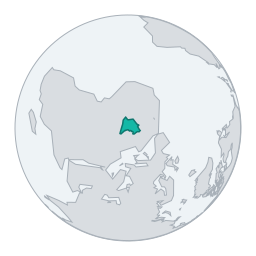 Tamanghasset highlighted on a globe, orthographic projection, rotated 140°
{"feature_id": "DZA-2189", "entity_name": "Tamanghasset", "entity_type": "Province", "adm_level": 1, "iso_a3": "DZA", "parent_name": "Algeria", "parent_adm1": "", "projection": "orthographic", "projection_center": [6.568, 24.092], "detail": "fine", "context": "on_globe", "style": "filled", "palette": "teal", "viewbox_px": 256, "rotation_deg": 140, "n_neighbors": 0, "source": "natural_earth", "source_scale": "10m", "svg_char_len": 10459}
<svg xmlns="http://www.w3.org/2000/svg" viewBox="0 0 256 256"><g transform="rotate(140 128 128)"><circle cx="128" cy="128" r="113" fill="#eef3f6" stroke="#a8b0b8"/><path d="M122.8,15.5L118.7,15.8L123.2,15.6L117.6,16.5L103.6,18.8L101.3,20.3L88.9,25.5L90.8,25.2L87.3,27.5L88.1,28.1L85.6,29.2L88.5,28.9L90.6,27.8L92.6,27.3L93.3,27.7L90.2,29.1L89.4,29.1L88.9,29.7L87.0,30.3L88.3,30.2L84.4,32.0L89.3,30.9L87.1,32.9L84.2,33.9L83.2,32.9L74.2,34.0L71.0,35.3L67.5,37.8L63.6,44.1L60.7,46.2L57.6,49.6L59.8,48.7L63.0,45.8L66.3,45.3L69.9,42.1L71.7,41.5L75.9,38.9L76.6,40.4L75.1,43.3L71.7,45.7L70.9,47.2L75.2,46.0L70.0,51.8L68.3,58.4L66.8,59.9L61.9,60.6L59.1,57.6L52.7,59.7L58.2,59.6L54.3,64.1L54.2,65.5L55.3,66.1L57.3,65.0L56.2,67.0L50.4,67.5L51.2,65.7L53.1,65.5L51.7,64.2L47.8,65.2L46.1,67.7L41.9,67.5L40.7,69.4L39.1,70.6L41.3,67.5L37.2,73.2L32.0,75.8L26.2,86.4L30.4,76.5L31.0,73.9L31.2,72.1L30.2,73.7L31.8,69.8L31.0,70.7L35.3,64.0L40.1,57.6L45.2,51.6L50.9,45.9L56.9,40.7L63.2,35.9L69.9,31.5L76.9,27.6L84.1,24.3L91.6,21.4L99.2,19.1L107.0,17.3L114.8,16.1L122.8,15.5ZM22.7,88.1L22.4,88.7L23.6,86.0L23.4,87.5L20.2,95.6L19.3,100.9L17.5,107.9L16.8,112.9L17.2,113.9L17.4,117.8L18.7,114.9L20.3,114.9L19.1,121.0L20.9,116.8L21.2,121.0L25.1,125.5L24.5,126.5L27.6,137.6L32.9,144.8L34.1,150.2L33.2,152.5L35.5,154.7L35.6,156.5L46.3,164.7L53.3,171.9L54.0,178.0L50.1,182.8L51.0,195.2L45.1,195.7L46.6,200.2L47.2,204.8L43.3,201.5L47.5,206.2L47.8,207.0L46.1,205.4L39.9,198.2L34.3,190.5L29.3,182.3L24.8,172.7L22.8,167.8L19.9,159.8L17.4,149.5L16.0,139.8L15.7,135.7L15.5,131.9L16.3,126.1L17.0,117.3L17.0,115.1L16.4,117.1L17.1,108.5L18.7,101.2L19.5,97.9L22.7,88.1ZM24.5,89.7L23.7,99.3L22.6,97.4L23.1,96.9L23.6,93.7L24.1,89.6L23.5,88.5L24.5,89.7ZM27.7,86.0L27.8,84.8L28.0,85.6L27.7,86.0ZM75.2,38.3L75.5,38.6L74.6,39.0L75.2,38.3ZM76.7,37.0L75.4,37.2L75.9,36.6L76.7,36.5L76.7,37.0ZM78.2,37.0L77.0,35.6L77.9,34.6L81.8,33.4L78.2,37.0ZM131.3,15.4L132.2,15.4L132.5,15.5L133.3,15.5L132.6,15.6L128.7,15.4L125.2,15.4L125.6,15.4L131.3,15.4ZM91.0,27.3L88.7,28.5L90.0,27.2L91.0,27.3ZM91.3,26.6L92.3,23.9L96.0,22.6L94.9,23.7L99.2,21.9L100.5,22.6L98.5,23.7L95.8,24.3L98.3,24.1L91.3,26.6ZM131.4,15.8L132.0,16.0L130.6,15.9L131.4,15.8ZM93.5,27.1L93.4,26.5L96.6,25.3L97.4,26.2L96.1,26.3L93.5,27.1ZM99.6,21.2L102.2,20.6L103.9,20.9L105.2,20.8L100.9,22.5L99.6,21.2ZM95.8,26.8L97.8,26.7L96.9,27.7L93.9,27.5L95.8,26.8ZM97.0,24.7L98.6,24.2L98.0,24.7L97.0,24.7ZM95.0,31.5L94.8,30.6L96.4,29.9L95.0,31.5ZM98.6,26.6L98.9,26.3L99.5,25.9L100.6,26.1L98.6,26.6ZM102.4,22.7L102.6,23.0L104.3,22.0L105.7,22.3L102.5,23.5L104.5,23.1L104.9,23.3L101.9,24.1L102.4,22.7ZM103.6,25.4L100.1,27.3L100.2,28.8L98.8,29.5L98.9,26.9L103.6,25.4ZM102.9,24.5L103.0,25.2L101.1,25.5L99.8,25.3L102.9,24.5ZM107.7,22.2L106.4,21.4L107.1,21.2L107.7,22.2ZM104.0,25.7L104.9,25.3L104.3,25.8L104.0,25.7ZM107.0,23.2L106.4,22.8L107.3,22.6L107.0,23.2ZM107.0,24.8L105.9,25.3L105.0,25.2L107.0,24.8ZM107.3,24.0L108.6,23.8L105.3,24.8L106.9,23.8L107.3,24.0ZM107.9,23.0L108.2,22.8L108.0,23.2L107.9,23.0ZM111.1,25.3L107.2,26.6L105.2,26.1L109.3,24.9L111.1,25.3ZM166.2,22.0L168.5,22.9L178.9,27.5L178.5,27.3L185.7,31.3L192.6,35.7L199.2,40.7L205.3,46.1L211.1,52.0L216.4,58.2L221.3,64.8L225.6,71.8L229.4,79.0L232.7,86.6L235.5,94.3L237.7,102.2L237.4,101.4L239.1,109.4L239.3,110.4L239.7,113.4L239.5,112.6L238.3,105.9L235.8,97.6L236.2,101.4L234.9,97.6L231.4,92.0L231.3,97.5L232.0,112.2L234.1,122.5L233.5,128.6L227.6,117.0L223.9,107.9L222.5,110.3L215.9,104.7L206.7,109.5L204.7,107.4L203.1,109.6L198.4,108.7L195.1,105.2L192.5,106.5L201.0,115.7L203.7,114.4L205.1,108.9L207.0,112.6L211.5,114.4L208.8,126.5L194.0,141.4L191.5,133.9L174.8,115.4L174.7,112.8L174.6,112.6L174.3,112.1L173.8,116.5L170.6,112.7L180.7,126.3L182.8,132.6L193.8,141.9L193.1,143.4L196.3,145.0L205.3,138.6L205.6,141.3L202.0,155.0L188.5,175.0L189.7,184.7L187.8,193.3L178.1,200.9L177.7,206.8L172.5,209.9L171.3,213.2L166.4,217.3L158.7,221.4L147.1,223.0L147.4,220.3L143.1,215.3L137.5,201.4L141.6,194.1L140.9,188.5L132.4,175.9L134.3,168.3L131.8,165.2L126.7,166.2L123.6,162.4L120.4,162.4L99.8,164.6L92.9,159.1L83.4,142.4L86.7,136.4L86.3,128.8L108.2,104.3L114.0,105.9L132.6,102.1L135.1,102.9L134.2,109.0L149.1,114.9L152.5,109.6L164.8,111.7L172.2,110.2L172.6,98.7L160.5,101.0L157.2,96.1L165.9,89.6L176.3,88.0L175.4,86.1L167.8,83.0L169.1,78.8L165.0,81.7L167.5,83.3L165.0,85.3L162.6,84.0L163.1,82.4L159.7,82.1L157.9,90.0L160.1,92.6L151.8,95.3L154.8,99.9L152.9,102.6L147.1,95.8L146.9,93.0L137.0,86.2L136.5,89.3L145.8,96.1L143.3,95.7L142.7,100.5L141.3,96.6L131.3,88.9L123.0,91.3L114.3,103.0L109.1,104.1L104.0,101.8L105.4,90.2L116.8,89.3L117.4,85.7L113.6,80.6L117.4,80.9L117.2,78.9L121.4,78.4L125.8,73.4L129.8,72.6L130.1,66.6L132.2,65.5L131.4,69.3L133.0,71.7L142.8,70.4L144.3,69.0L143.7,65.3L146.5,65.6L144.6,62.2L149.6,60.1L142.0,60.1L141.1,56.3L143.3,53.0L141.6,51.9L138.1,57.2L137.9,59.4L139.9,61.3L138.2,68.0L135.1,69.4L131.8,62.7L127.1,64.2L126.5,58.8L136.5,47.0L141.4,44.5L152.5,47.6L152.2,50.0L148.0,49.9L153.2,53.2L152.1,51.3L154.4,51.8L154.1,48.7L155.7,48.8L152.7,45.7L154.7,45.6L156.5,47.6L157.8,43.4L161.5,42.6L161.0,41.6L159.4,40.8L165.1,40.7L164.5,40.0L162.4,39.7L159.8,38.2L157.4,35.7L159.5,35.7L160.6,36.7L166.2,39.0L168.9,41.7L169.5,41.5L167.7,39.2L160.9,36.3L158.8,34.8L162.1,35.8L160.8,35.3L160.4,34.6L162.1,34.1L158.5,32.9L151.8,26.2L154.3,24.9L157.9,26.3L155.5,22.8L158.5,22.3L156.5,21.9L154.0,20.5L153.1,20.6L151.9,20.3L145.1,17.5L145.1,17.2L140.0,16.2L139.0,16.1L138.6,16.3L132.6,15.6L133.3,15.5L141.7,16.2L150.0,17.5L158.2,19.5L166.2,22.0ZM102.1,117.3L101.8,119.5L102.1,117.3ZM188.5,92.1L194.0,90.6L189.6,84.7L191.4,83.8L189.3,82.2L189.3,84.3L183.8,80.0L185.5,77.3L183.9,74.6L181.9,75.0L179.7,80.8L187.5,86.9L187.1,90.0L188.5,92.1ZM25.2,125.5L25.5,127.3L24.8,126.6L25.2,125.5ZM21.6,99.4L21.8,100.5L21.7,101.9L21.3,101.5L21.6,99.4ZM25.5,107.6L26.2,109.2L25.1,108.6L25.5,107.6ZM23.8,100.7L24.9,106.5L23.0,106.0L22.4,102.4L23.3,103.5L23.8,100.7ZM26.0,88.9L25.9,89.9L25.4,90.8L26.0,88.9ZM27.9,86.6L27.8,86.4L28.2,85.3L27.9,86.6ZM54.7,64.0L55.1,64.0L55.7,65.1L54.7,65.3L54.7,64.0ZM63.2,66.0L61.3,69.2L61.9,67.0L60.0,67.7L59.0,64.2L66.0,60.6L63.0,62.7L63.2,66.0ZM59.6,59.0L59.4,61.4L59.3,59.0L59.6,59.0ZM112.3,69.1L114.2,70.3L113.3,72.6L108.2,74.4L109.4,71.0L112.3,69.1ZM117.1,71.5L115.2,64.9L118.2,63.8L116.8,65.5L119.1,65.4L117.4,68.1L122.2,73.9L121.7,76.4L112.6,77.8L115.8,75.8L113.8,74.7L117.1,71.5ZM104.9,52.7L104.1,50.6L111.8,50.9L111.7,52.9L106.6,54.5L103.8,53.2L104.9,52.7ZM85.2,35.6L84.4,35.3L85.3,34.8L86.7,34.7L85.2,35.6ZM94.8,31.1L89.6,36.5L88.4,36.4L86.8,40.1L83.1,41.3L84.3,38.8L80.2,42.7L79.8,40.9L77.4,43.7L80.4,38.0L79.8,36.8L81.8,37.6L85.3,36.5L86.6,35.6L89.9,32.5L90.4,29.7L93.9,28.4L96.2,28.3L96.6,28.7L94.2,29.3L96.5,29.5L93.3,30.8L94.8,31.1ZM121.4,31.2L118.5,31.0L122.5,32.9L119.4,33.7L120.1,33.9L118.3,35.2L117.3,37.2L115.7,37.3L116.0,38.1L114.8,39.1L114.7,40.2L111.8,40.9L111.4,42.4L110.2,41.9L110.3,44.4L108.9,42.9L107.3,44.3L109.5,45.0L94.1,47.6L88.8,50.4L85.0,53.6L83.2,51.1L85.5,46.6L90.0,42.0L95.4,39.9L93.6,39.3L95.7,38.2L96.2,39.1L96.6,37.1L98.4,36.5L102.4,33.3L101.8,31.1L103.2,30.0L104.4,30.5L105.0,29.1L108.3,29.5L109.4,28.8L113.6,28.7L115.3,30.4L116.4,29.5L119.7,29.6L121.4,31.2ZM112.3,25.3L115.0,26.9L114.6,28.2L107.3,27.9L105.8,28.5L101.1,28.7L101.8,26.9L103.1,27.0L104.5,26.6L103.7,27.3L105.4,26.6L107.2,26.7L109.0,26.2L109.3,26.8L112.3,25.3ZM137.3,100.5L139.1,100.6L141.8,100.0L141.4,103.2L137.3,100.5ZM130.4,95.3L131.9,94.8L132.7,98.6L130.8,98.7L130.4,95.3ZM132.1,91.4L131.9,94.5L130.9,92.9L132.1,91.4ZM132.8,68.8L134.3,68.1L134.8,69.0L134.2,70.4L132.8,68.8ZM132.7,38.2L131.1,37.6L131.4,37.2L129.4,35.1L131.5,34.5L133.6,35.6L132.7,38.2ZM171.0,101.0L169.3,103.6L167.9,102.8L168.8,102.0L171.0,101.0ZM154.9,103.7L158.9,104.5L154.8,104.5L154.9,103.7ZM134.7,37.2L133.6,36.4L135.4,36.7L134.7,37.2ZM133.0,34.1L134.9,34.1L131.5,34.2L133.0,34.1ZM203.4,187.0L194.4,203.1L190.1,204.5L190.4,200.8L194.4,191.6L199.7,187.4L202.6,182.5L203.4,187.0ZM240.5,123.0L240.1,119.2L240.2,117.9L240.2,118.5L240.5,123.0ZM234.5,123.3L236.1,128.2L235.6,130.1L234.5,123.3ZM151.6,33.3L152.0,36.7L153.7,39.2L156.9,40.5L152.5,40.3L149.9,36.4L151.6,33.3ZM151.5,27.0L148.7,26.1L149.8,25.8L150.6,25.9L151.5,27.0ZM150.0,27.0L146.8,27.4L145.1,26.4L147.9,26.3L150.0,27.0ZM140.9,31.8L140.8,32.7L139.4,32.5L140.9,31.8ZM133.0,16.0L132.1,16.0L132.2,15.9L133.0,16.0ZM151.5,20.4L150.0,20.1L150.2,19.8L151.5,20.4ZM145.9,19.1L146.7,19.6L145.0,19.0L145.9,19.1ZM148.7,20.9L146.6,19.8L149.8,21.0L148.7,20.9Z" fill="#d9dde1" stroke="#a8b0b8" stroke-width="1"/><path d="M137.7,128.9L137.6,129.0L137.4,129.2L137.2,129.3L136.9,129.5L136.6,129.7L136.5,129.8L136.4,129.9L136.2,130.0L135.9,130.2L135.8,130.3L135.7,130.4L135.4,130.5L135.2,130.7L135.1,130.8L134.8,130.9L134.7,131.0L134.3,131.3L134.2,131.3L134.0,131.5L133.9,131.6L133.7,131.7L133.5,131.8L133.4,131.9L133.3,132.0L133.1,132.1L132.9,132.2L132.8,132.3L132.6,132.4L132.5,132.5L132.4,132.6L132.1,132.7L132.0,132.8L131.9,132.9L131.8,133.0L131.7,133.0L131.4,133.2L131.3,133.3L131.2,133.4L130.9,133.5L130.7,133.7L130.5,133.8L130.4,133.8L130.2,134.0L129.9,134.2L129.7,134.3L129.5,134.5L129.4,134.6L129.2,134.7L129.1,134.8L128.8,135.1L128.7,135.2L128.5,135.3L128.4,135.4L128.3,135.5L128.2,135.7L128.1,135.8L127.8,136.0L127.7,136.1L127.5,136.3L127.4,136.4L127.3,136.5L127.1,136.6L126.9,136.8L126.6,137.1L126.2,137.2L125.7,137.3L125.2,137.4L124.7,137.5L124.4,137.6L124.0,137.6L123.7,137.7L123.3,137.7L123.0,137.8L122.8,137.8L122.9,134.9L122.8,134.5L122.7,134.3L122.5,134.1L118.5,131.6L118.4,131.4L118.7,125.0L118.7,124.9L118.4,124.7L118.4,124.4L118.4,124.2L118.1,123.7L117.9,123.6L117.9,123.4L118.0,123.4L118.3,123.3L118.3,123.2L118.5,123.2L118.6,123.3L118.6,123.2L118.9,123.2L119.1,123.2L119.3,123.0L119.3,122.9L119.5,122.9L119.7,122.7L119.8,122.7L120.2,120.1L120.3,119.6L120.3,119.2L120.3,118.2L121.9,118.0L123.2,119.2L124.9,119.4L126.9,119.4L127.8,120.0L128.0,120.3L128.0,120.5L127.9,120.6L127.5,120.8L127.0,121.2L126.9,121.3L126.7,121.5L126.7,121.9L126.9,122.6L127.0,122.7L127.4,123.0L127.5,123.1L127.3,123.6L127.3,123.8L127.5,123.9L127.9,124.4L127.9,124.5L128.0,124.5L128.3,124.6L128.7,124.7L128.7,124.8L128.8,125.2L129.0,125.5L129.0,125.9L128.9,126.0L129.0,126.4L129.1,126.5L129.3,126.7L129.3,126.8L129.5,126.9L129.8,127.0L130.0,127.1L130.3,127.3L130.5,127.4L130.6,127.5L130.9,127.5L131.0,127.6L131.3,127.7L131.5,127.7L131.5,127.8L131.6,128.0L131.8,128.1L137.2,128.0L137.4,128.4L137.6,128.7L137.7,128.9Z" fill="#14b8a6" stroke="#0f766e" stroke-width="1.5"/></g></svg>